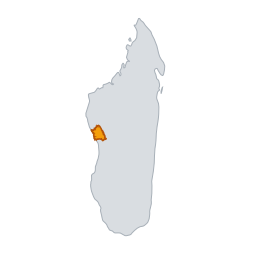 Antsalova, Melaky, Madagascar shown in context, rotated 349°
{"feature_id": "10022922B48021466276127", "entity_name": "Antsalova", "entity_type": "district", "adm_level": 2, "iso_a3": "MDG", "parent_name": "Madagascar", "parent_adm1": "Melaky", "projection": "natural_earth1", "projection_center": [44.617, -18.816], "detail": "fine", "context": "in_parent", "style": "filled", "palette": "amber", "viewbox_px": 256, "rotation_deg": 349, "n_neighbors": 0, "source": "geoboundaries", "source_scale": "gbopen_adm2", "svg_char_len": 6183}
<svg xmlns="http://www.w3.org/2000/svg" viewBox="0 0 256 256"><g transform="rotate(349 128 128)"><path d="M163.6,28.1L164.2,29.7L165.0,31.3L167.2,35.0L168.1,36.5L168.9,38.1L169.3,41.1L170.7,45.9L172.0,53.1L172.3,60.5L172.7,63.9L173.7,67.1L175.4,70.5L175.9,74.1L174.9,77.9L173.4,81.5L173.0,82.2L172.2,83.1L171.9,83.1L170.7,82.2L169.8,80.6L168.5,77.1L168.1,75.3L167.6,75.0L166.1,75.1L165.0,76.3L164.9,77.0L165.1,79.0L165.5,80.8L165.6,82.6L165.6,84.9L166.0,85.6L166.6,86.2L167.2,87.7L167.3,91.3L166.9,93.1L165.9,94.7L165.9,95.6L166.3,96.5L165.9,97.0L164.5,97.7L164.0,98.3L163.2,99.9L162.0,103.1L161.8,104.8L162.6,109.8L162.3,113.4L160.8,120.2L159.9,123.5L158.6,127.4L156.7,132.5L154.7,138.9L153.1,145.5L151.9,149.5L150.5,153.4L148.7,160.3L147.1,167.3L144.7,175.1L141.5,183.7L141.1,184.8L140.5,189.2L139.7,193.0L138.9,196.8L137.0,203.1L136.8,205.0L136.4,206.9L134.7,210.8L134.0,212.2L133.4,213.8L133.1,215.8L132.6,217.7L131.4,221.2L129.5,224.2L128.2,225.3L125.5,226.8L124.1,227.2L121.0,227.2L118.0,228.1L114.9,229.8L111.9,231.8L110.8,232.8L109.5,233.3L105.6,233.4L104.4,233.0L100.5,229.7L98.9,229.2L96.1,228.7L95.2,228.5L94.4,228.0L93.2,226.3L90.9,224.9L90.3,224.4L90.0,223.4L89.7,222.4L89.1,221.1L88.7,218.9L87.9,217.3L85.8,214.4L85.5,213.5L85.4,210.5L85.4,208.5L85.2,204.8L85.4,203.0L86.2,201.5L85.9,199.8L85.1,198.0L84.8,196.1L84.2,194.4L81.9,191.4L81.4,189.9L81.0,188.3L80.2,183.5L80.1,181.8L80.2,178.3L80.5,176.5L81.0,175.2L81.2,174.2L81.5,173.4L82.0,172.8L82.4,172.0L83.2,167.4L84.3,166.4L85.9,165.9L87.2,164.7L87.9,163.1L88.6,159.8L90.6,156.5L91.3,154.8L92.9,152.2L94.4,148.5L94.8,146.8L95.1,145.0L95.5,141.1L95.8,139.2L95.7,137.3L94.9,135.3L92.9,131.8L92.9,131.1L93.0,128.5L92.8,126.5L92.1,124.6L91.2,122.8L90.3,119.5L89.8,113.9L89.9,111.9L89.7,110.1L89.0,108.4L89.5,105.5L95.3,94.7L95.5,93.4L95.3,90.2L95.4,88.2L95.6,87.5L96.0,87.1L97.1,86.9L101.8,86.5L102.4,86.1L103.6,85.2L105.2,83.5L106.0,83.0L106.6,83.1L107.0,83.9L107.6,84.3L109.5,83.5L110.2,83.5L111.0,83.6L111.3,82.9L111.5,81.9L111.8,81.2L112.3,80.8L114.8,80.6L116.4,80.3L118.4,79.6L118.8,79.8L120.5,82.2L121.0,82.5L121.6,82.6L122.2,82.1L120.8,80.8L120.6,80.1L120.7,79.3L121.4,77.5L122.6,76.1L125.3,74.1L128.1,71.7L128.9,71.5L129.5,71.9L130.0,74.7L130.0,75.2L130.4,75.2L130.9,74.9L131.4,73.8L131.4,72.8L131.1,71.9L130.9,71.2L130.9,70.5L132.3,68.8L133.4,67.2L133.9,65.3L134.3,64.5L135.5,63.5L135.8,63.7L136.1,64.4L136.3,65.3L136.0,66.1L135.5,67.0L135.3,68.1L136.0,68.3L136.6,68.0L137.5,66.0L138.6,64.1L139.2,63.1L140.0,62.5L141.2,62.6L142.5,63.0L140.5,61.0L140.0,58.3L142.4,53.6L142.4,52.6L142.8,52.3L143.0,51.9L141.7,50.3L141.5,49.5L141.6,48.3L142.2,47.3L142.8,46.5L143.6,46.2L144.2,46.6L145.5,47.9L146.4,48.1L147.5,46.9L148.4,45.3L149.8,44.2L151.3,43.6L153.7,41.1L155.2,35.9L155.3,34.4L155.0,32.6L154.5,30.8L153.6,28.7L153.8,28.2L155.1,28.5L155.5,28.2L156.9,26.3L159.2,22.6L160.0,22.6L160.6,23.3L160.9,24.3L161.3,25.0L162.9,26.8L163.6,28.1ZM147.6,42.6L147.6,43.2L145.9,42.9L145.6,41.0L146.5,40.9L146.7,40.1L147.2,40.0L147.7,41.8L147.6,42.6ZM168.5,97.8L167.0,100.7L167.4,98.3L169.2,94.9L169.7,94.6L168.5,97.8Z" fill="#d9dde1" stroke="#a8b0b8" stroke-width="1"/><path d="M100.4,120.7L100.2,120.5L100.1,120.4L99.9,120.1L99.7,119.9L99.6,120.0L99.3,120.1L98.9,120.1L98.7,119.9L98.3,120.0L98.5,120.1L98.4,120.2L98.4,120.3L98.4,120.5L98.2,120.3L98.1,120.2L98.1,120.3L97.8,120.5L97.7,120.3L97.5,120.5L97.2,120.5L97.1,120.9L97.1,121.0L97.0,121.3L96.9,121.3L96.6,121.4L96.5,121.5L96.5,121.4L96.4,121.4L96.3,121.5L96.3,121.4L96.2,121.4L95.9,121.5L95.9,121.9L95.7,122.5L95.5,123.0L95.3,122.8L95.2,122.8L95.1,122.7L95.1,122.8L94.9,122.9L94.7,122.9L94.4,122.8L94.2,123.2L94.1,123.3L94.0,123.6L93.9,123.7L93.7,123.8L93.6,123.7L93.3,123.6L93.2,123.4L93.0,123.2L92.8,123.2L92.7,123.2L92.7,123.3L92.5,123.2L92.4,123.2L92.2,123.0L92.0,122.9L92.0,123.0L91.9,123.0L91.7,123.3L91.6,123.2L91.7,123.4L91.6,123.5L91.9,124.0L91.8,124.3L92.2,124.9L92.4,125.3L92.4,125.7L92.5,125.7L92.7,125.8L92.8,125.9L92.8,126.0L93.0,126.2L93.2,126.3L93.3,126.5L93.2,126.5L93.3,126.5L93.2,126.4L93.2,126.2L92.9,126.2L92.7,125.8L92.6,126.1L92.8,126.4L93.0,127.1L93.1,127.3L93.2,127.7L93.2,128.4L93.1,128.5L92.9,128.6L93.0,129.0L93.0,129.4L93.0,129.8L93.3,130.0L93.2,130.0L93.0,130.3L93.0,130.2L92.9,130.1L92.9,129.9L92.9,129.7L92.8,129.9L92.9,130.4L92.9,130.7L92.9,130.9L92.9,131.2L92.8,131.4L92.8,131.6L93.0,131.6L93.3,131.5L93.2,131.5L92.9,131.7L93.0,132.0L93.3,132.2L93.2,132.2L93.2,132.5L93.3,132.7L93.3,132.8L93.4,132.7L93.5,132.4L93.4,132.5L93.5,132.7L93.4,132.7L93.4,132.8L93.5,132.9L93.4,133.0L93.5,133.1L93.8,133.1L94.1,133.3L94.3,133.3L94.3,133.2L94.4,133.3L94.4,133.2L94.6,133.2L94.7,133.3L94.8,133.3L95.0,133.4L95.2,133.2L95.3,133.2L95.6,133.2L96.0,133.2L96.1,133.3L96.3,133.3L96.5,133.0L96.8,133.1L97.0,133.2L97.1,133.3L97.5,133.2L97.8,133.2L97.9,133.3L98.1,133.3L98.3,133.5L98.7,133.7L99.0,133.7L99.3,133.5L99.5,133.5L99.4,133.7L99.4,133.8L99.5,133.9L99.7,134.1L99.8,134.0L100.0,134.1L100.1,134.3L100.1,134.5L100.3,134.7L100.3,134.8L100.4,135.0L100.5,135.0L100.7,135.4L100.8,135.4L100.8,135.5L101.1,135.5L101.3,135.5L101.5,135.4L101.5,135.2L101.8,135.0L101.9,134.9L102.0,134.8L102.4,134.8L102.5,134.7L102.6,134.8L102.9,134.8L103.0,134.8L103.0,134.7L103.0,134.8L103.3,134.8L103.3,134.7L103.5,134.5L103.8,134.7L104.0,134.6L104.4,134.4L104.5,134.4L104.5,134.2L104.3,134.0L104.2,133.9L104.0,133.6L103.9,133.5L103.6,133.4L103.4,133.4L103.4,133.2L103.5,133.0L103.4,132.9L103.3,132.7L103.4,132.4L103.6,132.3L103.8,132.0L103.8,131.9L103.7,131.5L103.8,131.4L103.6,131.1L103.5,130.8L103.6,130.6L103.6,130.4L103.4,130.0L103.2,129.8L103.2,129.7L103.0,129.8L102.7,129.8L102.7,129.7L102.6,129.2L102.7,128.9L102.9,128.8L103.0,128.7L102.9,128.6L103.1,128.5L103.1,128.4L103.1,128.1L103.1,127.9L103.1,127.7L102.8,127.4L102.7,127.2L102.8,127.0L102.8,126.9L102.6,126.8L102.4,126.9L102.2,126.6L102.3,126.4L102.3,126.5L102.4,126.4L102.5,126.2L102.5,125.9L102.4,125.9L102.2,125.8L102.2,125.7L101.9,125.4L101.9,125.1L101.7,125.0L101.7,124.5L101.7,124.4L101.7,124.2L101.5,123.7L101.5,123.4L101.4,123.1L101.3,122.9L101.0,122.3L101.0,122.0L100.9,121.9L100.7,121.3L100.5,121.2L100.5,120.9L100.4,120.8L100.4,120.7Z" fill="#f59e0b" stroke="#b45309" stroke-width="1.5"/></g></svg>